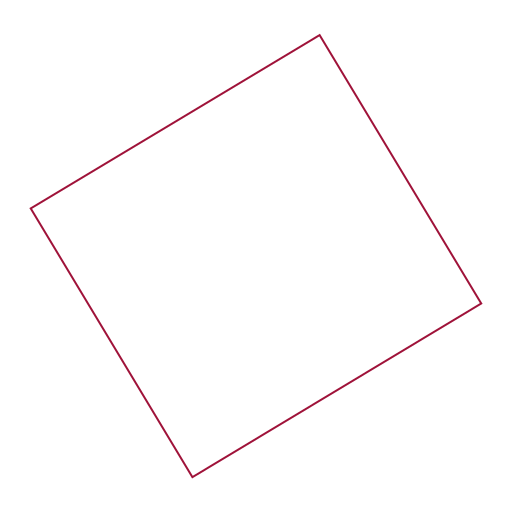 outline of Fillmore, Nebraska, United States of America, rotated 149°
{"feature_id": "52423323B66815680404806", "entity_name": "Fillmore", "entity_type": "district", "adm_level": 2, "iso_a3": "USA", "parent_name": "United States of America", "parent_adm1": "Nebraska", "projection": "robinson", "projection_center": [-97.672, 40.525], "detail": "fine", "context": "isolated", "style": "outline", "palette": "rose", "viewbox_px": 512, "rotation_deg": 149, "n_neighbors": 0, "source": "geoboundaries", "source_scale": "gbopen_adm2", "svg_char_len": 231}
<svg xmlns="http://www.w3.org/2000/svg" viewBox="0 0 512 512"><g transform="rotate(149 256 256)"><path d="M87.4,99.3L87.7,412.6L90.1,412.6L424.6,412.8L424.4,99.2L87.4,99.3Z" fill="none" stroke="#9f1239" stroke-width="2"/></g></svg>